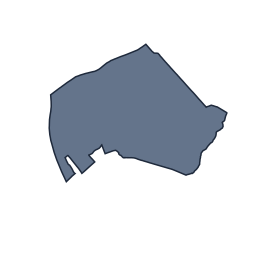 the district of Smardan, Tulcea, Romania, rotated 46°
{"feature_id": "2599482B36472958549057", "entity_name": "Smardan", "entity_type": "district", "adm_level": 2, "iso_a3": "ROU", "parent_name": "Romania", "parent_adm1": "Tulcea", "projection": "mercator", "projection_center": [28.085, 45.31], "detail": "fine", "context": "isolated", "style": "filled", "palette": "slate", "viewbox_px": 256, "rotation_deg": 46, "n_neighbors": 0, "source": "geoboundaries", "source_scale": "gbopen_adm2", "svg_char_len": 5102}
<svg xmlns="http://www.w3.org/2000/svg" viewBox="0 0 256 256"><g transform="rotate(46 128 128)"><path d="M123.8,209.7L123.8,206.6L123.8,204.1L123.8,202.5L123.7,201.8L123.8,201.4L123.8,200.8L124.0,197.7L123.6,197.8L123.4,197.8L123.2,197.8L122.9,197.8L122.6,197.8L122.3,197.8L122.0,197.8L121.9,197.7L121.7,197.6L121.4,197.6L121.1,197.5L120.9,197.4L120.7,197.4L119.7,197.0L118.3,196.6L116.8,196.3L116.0,196.1L115.7,196.1L115.3,196.0L114.7,195.9L114.3,195.8L114.1,195.8L113.9,195.9L113.3,196.1L113.0,196.2L112.8,196.2L112.7,196.2L112.2,196.1L111.3,195.8L109.7,195.3L109.3,195.2L106.7,194.2L105.6,193.8L105.9,190.5L106.3,190.2L107.9,190.4L109.3,190.4L112.1,190.7L114.3,190.9L116.2,191.1L118.8,191.3L119.3,191.4L122.1,191.6L123.7,191.8L124.9,192.0L126.3,192.2L126.9,192.3L128.0,192.6L128.6,192.7L128.8,189.7L128.9,186.6L129.0,182.9L129.1,180.1L129.3,175.5L129.1,175.5L128.0,175.4L125.3,175.3L124.4,175.3L123.5,175.3L121.4,175.2L120.6,175.1L120.4,175.1L120.2,174.8L120.4,174.6L120.6,174.2L120.7,173.7L121.1,172.6L121.4,171.7L121.4,171.4L121.4,170.9L121.2,169.6L121.1,168.8L121.1,168.0L121.3,166.6L121.4,166.3L121.9,164.9L122.1,164.4L122.2,163.9L122.4,163.2L122.5,162.9L122.5,162.7L122.5,162.3L122.5,162.0L122.5,161.8L122.5,161.6L122.4,161.0L122.3,160.4L122.0,159.2L121.9,158.8L121.9,158.6L128.2,161.3L130.6,162.3L131.5,160.2L132.4,158.2L132.9,157.2L133.3,156.2L133.9,154.9L134.2,154.3L135.5,152.3L136.0,152.3L136.7,152.0L136.8,152.0L137.4,152.0L138.4,151.9L139.0,151.8L139.4,151.9L139.6,152.1L139.8,152.4L140.2,152.6L140.8,152.7L141.1,152.7L141.3,152.7L141.8,152.6L142.3,152.4L142.8,152.1L143.2,152.2L143.7,152.1L144.0,152.1L145.0,152.2L145.5,152.1L145.9,152.1L146.3,151.9L146.8,151.4L146.7,151.3L146.9,151.0L147.1,150.9L147.4,150.8L147.5,150.6L147.5,150.4L147.8,150.2L149.1,148.9L150.6,147.4L151.9,146.0L152.4,145.6L153.0,145.0L153.4,144.7L153.9,144.3L155.6,143.3L156.2,143.0L156.5,142.9L157.2,142.6L159.9,141.2L160.6,140.8L161.4,140.2L162.5,139.7L163.3,139.2L163.9,138.9L164.9,138.3L165.8,137.8L166.5,137.4L168.4,136.4L169.9,135.5L171.9,134.4L185.2,126.8L188.3,125.0L193.3,122.8L202.2,119.0L202.2,118.7L203.1,117.0L203.5,116.5L203.7,116.0L204.1,115.2L204.7,114.1L204.7,113.7L205.1,113.5L205.2,113.3L205.3,113.3L205.5,112.2L205.6,111.9L205.5,111.1L205.4,110.6L205.2,110.2L205.2,109.0L205.3,107.6L205.0,105.5L204.9,104.8L204.7,104.5L204.3,103.2L203.9,101.7L203.6,101.4L203.0,100.8L202.7,100.5L202.3,100.0L202.0,99.6L201.6,99.0L201.2,98.7L200.8,98.2L200.5,97.8L200.1,97.2L199.7,96.5L199.4,96.2L199.0,95.9L198.8,95.5L198.5,94.9L198.3,94.5L198.0,94.2L197.8,93.9L197.0,93.0L196.9,92.7L196.7,91.7L196.7,91.4L196.6,91.0L196.5,90.2L196.4,89.8L196.5,89.4L196.7,89.0L196.9,88.1L197.2,87.0L197.3,86.4L197.1,85.5L196.9,85.0L196.8,84.6L196.7,83.8L196.5,83.1L196.5,82.7L196.5,82.1L196.3,81.1L196.4,80.6L196.3,80.2L196.2,79.4L196.2,79.0L196.3,78.5L196.5,78.3L196.6,77.5L196.6,77.0L196.5,76.6L196.4,76.2L196.1,75.7L195.8,74.9L195.8,74.4L195.7,73.4L195.6,73.1L195.4,72.3L195.1,71.5L195.0,71.1L194.6,70.2L194.1,69.5L193.7,69.0L193.5,68.7L193.2,68.4L192.9,68.1L192.5,67.7L192.4,67.4L192.3,67.1L192.3,66.9L192.4,66.5L192.4,66.3L192.4,66.0L192.7,65.3L192.8,64.9L192.9,64.4L193.0,64.0L193.2,63.3L193.4,62.5L193.3,62.2L193.3,61.5L193.4,61.0L193.4,60.7L193.5,60.5L193.6,60.2L193.5,59.9L193.3,59.5L193.1,59.1L193.0,58.7L192.7,58.3L192.1,57.9L191.3,57.2L190.6,56.9L190.2,56.7L189.5,56.4L189.4,56.1L189.4,55.7L189.5,55.6L189.7,54.7L189.7,54.3L189.7,54.1L189.6,53.3L189.4,52.8L189.2,52.6L189.0,52.3L188.8,52.0L188.0,50.7L187.5,49.9L187.2,49.4L186.1,46.8L185.8,46.4L185.6,46.3L185.2,46.4L182.1,47.2L178.4,48.2L175.1,49.1L174.8,49.2L174.4,49.4L174.1,49.7L171.2,51.2L169.6,52.2L169.4,52.3L168.5,54.6L167.7,56.2L167.3,57.0L167.3,57.3L166.9,57.2L166.4,57.2L164.3,57.2L159.8,57.0L156.4,56.9L154.5,56.8L152.8,56.7L150.5,56.6L147.5,56.5L145.1,56.5L136.5,56.2L134.7,56.1L134.3,56.1L134.1,56.1L132.7,56.0L132.0,56.0L128.1,55.9L126.8,55.8L126.3,55.8L125.1,55.8L124.4,55.7L122.3,55.7L121.4,55.7L118.6,55.6L118.2,55.6L116.0,55.5L114.9,55.5L113.1,55.4L111.2,55.3L110.2,55.3L109.7,55.3L107.9,55.2L106.1,55.2L105.4,55.1L105.0,55.1L104.8,55.1L102.7,55.0L101.7,54.9L98.1,54.8L97.9,54.8L97.5,54.6L97.3,54.6L96.7,54.6L95.1,54.6L94.2,55.3L92.9,56.6L92.2,57.2L91.9,57.2L89.3,57.5L88.5,57.4L80.2,57.0L80.0,58.3L79.8,59.6L79.6,61.1L79.0,64.2L78.8,65.6L78.5,66.9L78.5,67.0L74.4,77.2L73.4,79.6L71.4,84.0L69.5,88.8L69.2,89.4L68.0,92.6L67.7,93.1L67.5,94.1L67.3,95.3L66.5,98.1L66.0,103.6L65.9,105.5L65.6,108.0L64.8,110.8L64.1,112.6L63.2,114.0L61.3,117.2L60.3,119.0L59.6,120.1L58.8,121.6L57.8,123.6L57.1,124.9L56.6,126.0L56.4,126.6L56.2,127.1L54.8,130.1L54.0,135.1L53.6,137.3L53.1,139.8L52.6,143.6L51.6,150.7L51.5,151.5L50.4,160.6L50.5,160.7L51.3,161.3L53.9,163.5L55.6,164.9L58.4,167.5L59.7,168.8L60.3,169.6L62.2,171.8L64.4,174.8L67.4,178.6L67.6,178.8L70.6,181.9L71.1,182.4L71.7,183.0L73.3,184.7L73.4,184.8L73.8,185.1L75.0,186.1L78.0,188.5L78.5,188.9L80.8,190.4L83.4,192.2L85.9,193.5L93.8,197.8L95.0,198.4L101.7,201.5L102.0,201.6L111.4,205.3L113.4,206.1L115.7,206.9L120.1,208.4L123.2,209.5L123.8,209.7Z" fill="#64748b" stroke="#1e293b" stroke-width="1.5"/></g></svg>